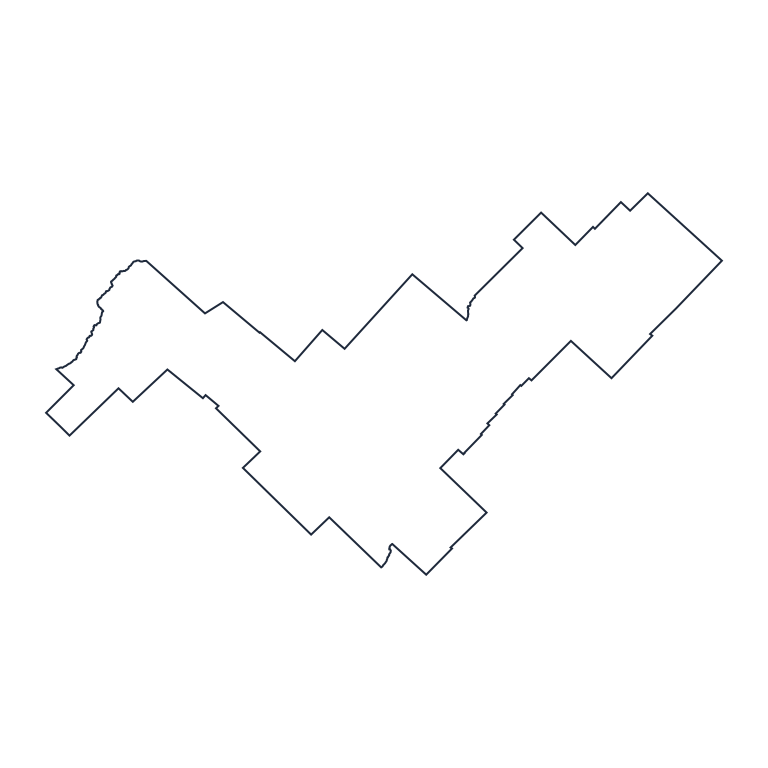 Tapalqué, Buenos Aires, Argentina
{"feature_id": "61730980B32563213852789", "entity_name": "Tapalqué", "entity_type": "district", "adm_level": 2, "iso_a3": "ARG", "parent_name": "Argentina", "parent_adm1": "Buenos Aires", "projection": "robinson", "projection_center": [-60.563, -36.37], "detail": "fine", "context": "isolated", "style": "outline", "palette": "slate", "viewbox_px": 768, "rotation_deg": 0, "n_neighbors": 0, "source": "geoboundaries", "source_scale": "gbopen_adm2", "svg_char_len": 5850}
<svg xmlns="http://www.w3.org/2000/svg" viewBox="0 0 768 768"><path d="M647.8,193.3L630.1,210.7L620.9,202.1L594.9,228.8L593.0,226.9L575.3,245.0L541.1,212.6L513.9,239.7L522.6,248.1L474.7,295.6L474.9,296.0L474.9,296.3L474.9,296.9L475.0,297.2L474.9,297.6L474.2,298.1L473.8,298.2L473.3,298.5L472.5,299.9L471.6,300.9L471.5,301.3L471.3,301.6L470.7,301.9L470.4,302.2L470.1,302.6L470.3,303.4L470.3,303.9L470.4,304.4L470.4,304.7L470.3,305.0L470.2,305.6L469.9,305.9L469.2,305.9L468.7,306.2L468.4,306.3L468.1,306.2L467.6,307.3L467.6,307.7L467.9,307.9L468.3,308.2L468.6,308.7L468.4,309.7L468.1,310.1L468.0,310.5L468.0,310.9L468.1,312.2L468.1,312.7L468.1,313.1L468.3,313.6L468.4,314.1L468.2,314.3L468.1,314.7L468.1,315.1L468.1,316.0L468.1,316.3L467.8,317.0L467.7,317.2L467.3,318.1L467.0,319.2L466.8,319.8L466.8,320.1L466.6,320.2L466.4,320.3L412.3,274.3L344.6,348.8L322.3,330.0L294.9,361.2L260.0,332.2L259.5,332.7L223.0,302.1L205.0,313.4L146.3,260.9L145.6,260.9L145.2,261.0L143.9,261.0L142.5,261.5L142.1,261.6L141.7,261.5L140.8,261.5L140.4,261.4L139.9,261.2L139.6,261.0L139.3,260.7L138.8,260.5L138.4,260.5L137.1,260.5L136.7,260.6L136.3,260.8L135.9,261.2L134.1,261.5L133.7,261.7L133.3,262.0L133.0,262.3L132.7,262.8L132.6,263.1L132.3,263.5L131.4,264.4L131.1,265.2L130.8,265.5L130.6,265.7L129.6,266.2L129.1,266.6L128.8,266.9L128.7,267.3L128.6,268.1L128.3,268.6L127.3,269.5L126.9,269.7L126.0,270.0L125.8,270.4L125.1,270.9L124.7,271.0L123.6,270.9L123.3,271.0L122.9,271.2L121.9,271.4L121.5,271.3L121.1,271.1L120.9,271.2L120.7,271.4L120.4,271.3L119.9,271.5L119.8,272.1L119.6,272.2L119.5,272.4L119.6,272.6L119.5,273.1L119.6,273.6L119.4,273.7L119.4,273.9L119.2,274.1L118.9,274.0L118.6,274.0L118.4,274.2L118.1,274.2L117.8,274.3L117.5,274.9L117.3,275.1L117.0,275.1L116.8,275.3L116.4,275.4L116.2,275.7L116.1,276.2L116.2,276.6L116.2,276.8L115.6,277.5L115.0,278.0L114.8,278.2L114.7,278.5L114.4,278.8L113.8,279.3L113.4,279.6L113.2,279.7L112.8,280.3L112.3,280.6L112.2,280.8L111.3,281.4L111.1,281.6L111.0,282.0L111.3,282.9L111.6,283.2L111.6,283.8L111.8,284.2L112.0,284.3L112.2,285.1L112.4,285.2L112.6,285.6L112.5,285.8L112.2,286.5L111.9,286.8L111.0,287.1L110.5,287.5L110.2,287.6L109.8,288.6L109.5,288.9L109.5,289.1L109.4,289.5L109.3,290.0L108.9,290.3L107.9,290.9L107.2,291.2L106.4,291.1L106.0,291.3L105.9,291.5L105.8,292.4L105.6,292.8L105.1,293.2L104.8,293.5L104.4,293.6L104.0,294.0L103.4,294.7L103.0,295.0L102.2,295.2L101.9,295.5L101.7,296.2L101.5,296.7L100.9,297.7L100.5,297.8L100.3,298.0L100.0,298.1L99.9,298.5L99.0,299.0L98.9,299.2L98.7,299.5L98.2,299.6L97.7,299.9L97.6,300.2L97.6,300.6L97.3,301.5L97.3,302.1L97.4,302.3L97.4,302.5L97.4,303.3L97.5,303.6L97.6,304.2L97.8,304.6L98.1,304.8L98.1,305.3L98.1,305.6L98.5,306.0L98.7,306.5L98.8,306.7L99.8,307.5L100.4,307.8L100.8,308.3L101.2,309.1L101.6,309.2L101.8,309.4L102.0,309.8L102.2,310.0L102.5,310.1L103.0,310.6L103.2,311.0L103.2,311.3L103.0,311.5L102.5,311.8L102.2,312.0L102.1,312.3L102.0,312.5L102.0,312.8L101.8,313.4L101.7,314.4L101.7,314.7L101.6,315.0L101.5,315.6L101.4,315.9L100.7,316.8L100.4,317.3L100.3,318.1L100.5,319.7L100.2,320.7L100.1,321.8L99.9,322.6L99.7,322.8L98.9,323.0L98.2,323.2L97.3,323.9L97.0,324.1L96.7,324.3L96.6,324.7L96.4,325.3L95.7,325.4L95.2,325.2L94.9,325.2L94.6,325.3L94.4,325.2L94.0,325.7L93.6,326.5L93.8,326.8L94.0,327.0L94.0,327.3L94.0,327.6L93.8,327.9L93.4,328.4L93.3,328.6L93.3,329.0L93.4,329.8L93.3,330.1L92.1,331.0L91.8,331.2L91.5,331.3L91.3,331.5L91.3,331.9L91.4,332.3L91.8,333.2L91.9,333.6L92.1,334.1L92.1,334.7L91.8,335.2L91.4,335.6L91.1,335.8L90.7,335.9L90.2,335.7L89.7,335.9L89.4,336.3L89.3,336.8L89.3,337.0L89.0,337.4L88.7,337.5L88.4,337.5L88.1,337.6L87.5,338.1L87.2,338.4L86.7,339.2L86.6,339.5L86.7,339.8L87.0,340.2L87.2,340.4L87.2,340.8L86.7,341.5L86.0,342.2L85.8,342.5L85.7,343.0L85.5,343.4L85.4,343.8L85.0,344.7L84.9,345.1L84.6,345.6L84.2,346.1L84.0,346.5L83.9,346.9L83.7,347.3L83.6,347.7L83.3,348.1L82.7,348.8L82.2,349.1L81.9,349.4L81.1,350.0L81.1,350.3L81.1,350.7L81.1,351.0L81.3,351.2L81.3,351.4L81.2,351.9L80.7,352.4L80.5,352.8L80.1,352.8L79.3,352.8L79.1,352.9L78.6,353.3L78.1,353.7L77.6,354.9L77.3,355.3L76.9,355.6L76.6,356.4L76.6,356.8L76.9,357.2L76.8,357.5L76.4,357.9L76.3,358.2L76.4,358.6L76.3,358.9L76.2,359.2L75.1,359.6L74.4,359.9L74.0,359.9L73.1,360.5L72.3,361.7L71.3,362.2L70.8,362.9L70.5,363.1L69.4,363.7L69.0,363.7L68.5,364.0L66.5,365.4L66.3,365.7L65.9,365.9L65.1,366.2L64.4,366.5L63.5,367.0L62.6,367.7L62.2,367.8L61.9,367.6L61.4,367.4L60.9,367.5L60.3,367.5L59.9,367.7L59.2,368.2L58.6,368.4L58.0,368.5L57.1,368.9L56.3,369.2L73.7,385.2L46.1,412.8L60.1,426.3L69.5,435.6L118.5,388.3L132.8,401.8L167.4,369.5L202.9,398.2L205.6,395.1L218.5,405.9L216.0,408.3L260.2,451.4L242.9,467.9L311.1,534.6L329.2,517.3L381.1,567.3L381.2,567.2L381.9,566.9L382.2,566.7L382.4,566.5L382.7,566.1L383.3,565.0L384.0,564.4L384.5,563.8L385.1,563.2L385.4,562.7L385.6,562.3L385.9,561.9L386.2,561.6L386.4,561.3L386.6,560.8L386.7,560.6L386.8,560.2L386.8,559.8L386.9,559.5L387.3,558.8L387.4,557.7L387.5,557.4L387.8,557.3L388.0,557.2L388.1,556.7L388.3,556.4L388.7,555.9L389.0,555.7L389.2,555.3L389.2,555.0L389.1,554.6L389.1,554.4L389.3,554.2L389.6,553.6L390.2,552.9L390.6,552.2L390.7,551.2L390.8,550.9L390.8,550.6L390.6,550.2L390.4,549.9L390.0,549.2L389.8,549.1L389.5,549.4L389.3,549.4L389.2,549.1L389.2,548.8L389.4,548.5L389.4,548.3L389.4,548.0L389.6,547.8L389.6,547.2L389.7,546.6L389.9,546.4L390.2,545.8L390.4,545.5L391.4,544.7L391.6,544.5L391.8,544.2L392.0,544.1L392.3,544.0L426.2,574.7L452.0,548.5L450.6,547.5L486.6,512.6L440.3,468.1L458.2,449.8L463.4,454.3L464.6,453.1L464.4,452.8L481.8,434.9L480.9,434.0L489.3,425.2L487.4,423.4L496.7,414.5L495.7,413.6L504.5,404.6L503.7,403.9L512.7,395.1L512.0,394.3L517.1,388.7L520.3,385.1L521.3,385.9L528.9,378.2L531.5,380.4L570.9,340.9L611.5,378.2L652.3,335.7L650.1,334.0L676.1,308.4L721.9,260.7L647.8,193.3Z" fill="none" stroke="#1e293b" stroke-width="2"/></svg>